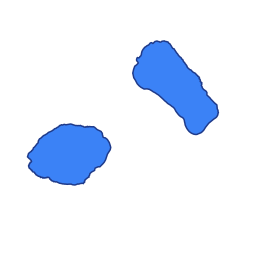 the district of Paama, Malampa, Vanuatu, rotated 127°
{"feature_id": "77236927B20475273490027", "entity_name": "Paama", "entity_type": "district", "adm_level": 2, "iso_a3": "VUT", "parent_name": "Vanuatu", "parent_adm1": "Malampa", "projection": "mercator", "projection_center": [168.29, -16.483], "detail": "fine", "context": "isolated", "style": "filled", "palette": "blue", "viewbox_px": 256, "rotation_deg": 127, "n_neighbors": 0, "source": "geoboundaries", "source_scale": "gbopen_adm2", "svg_char_len": 5816}
<svg xmlns="http://www.w3.org/2000/svg" viewBox="0 0 256 256"><g transform="rotate(127 128 128)"><path d="M38.3,135.8L37.7,137.1L37.5,138.0L37.1,138.5L37.1,139.0L37.4,139.7L37.4,140.4L37.1,141.4L36.4,142.9L36.2,143.6L35.6,145.0L35.7,146.7L35.5,147.2L35.3,147.5L35.3,148.0L35.5,148.4L35.7,148.7L36.0,149.7L36.6,150.7L36.6,151.4L38.2,153.0L38.5,153.2L39.4,153.4L40.2,154.1L40.3,155.2L40.9,156.2L41.0,157.0L41.2,157.3L42.7,158.5L45.3,158.9L45.6,159.2L45.6,160.3L45.8,160.7L46.3,161.1L47.0,161.4L48.8,161.4L49.5,161.6L50.7,162.3L52.6,162.8L53.1,163.1L54.3,163.3L55.1,163.1L55.5,163.3L56.0,163.3L58.3,163.0L60.0,162.3L60.9,161.8L61.3,161.5L62.1,161.4L62.6,161.2L62.9,161.2L63.8,161.5L64.5,161.3L65.1,161.4L65.6,161.7L66.0,162.8L66.3,162.9L66.7,162.9L67.7,162.6L68.4,162.2L69.0,161.6L69.5,159.6L69.8,159.2L70.2,158.9L72.2,159.1L74.6,159.8L77.8,158.8L81.3,157.2L84.4,153.6L85.3,151.1L87.1,147.3L87.6,144.7L87.7,142.2L87.2,138.6L85.3,136.4L84.2,134.0L84.2,133.2L84.0,131.9L83.9,129.6L83.5,127.3L83.5,125.6L83.3,124.0L83.3,123.3L83.8,117.8L84.2,115.1L84.2,113.5L84.5,111.1L84.4,109.7L84.2,107.8L84.3,106.4L84.3,105.4L84.2,104.6L84.3,103.5L84.7,102.1L85.8,99.9L86.1,98.9L86.9,96.0L87.2,94.3L87.2,92.5L86.9,91.2L86.9,90.0L87.4,88.5L87.8,87.9L89.3,86.3L89.9,85.4L90.3,85.1L91.2,84.1L91.7,83.2L92.7,81.3L93.4,79.5L94.0,77.0L94.0,74.7L93.8,73.5L93.3,71.6L92.3,69.8L91.5,69.0L90.2,68.3L89.3,67.7L87.7,66.8L86.0,66.4L84.1,66.2L80.7,66.5L75.6,66.4L69.4,64.9L67.1,64.1L66.1,63.9L65.3,63.9L63.8,64.1L63.2,64.3L62.3,64.9L61.5,65.0L61.1,65.3L60.9,65.8L59.8,66.7L59.5,67.2L59.0,68.3L58.6,68.6L56.2,70.8L56.0,71.2L56.0,73.1L55.9,73.4L56.0,73.5L55.3,77.7L55.1,79.1L54.6,80.7L54.2,84.7L53.9,85.0L53.6,85.3L52.2,86.3L51.7,87.5L51.6,88.2L51.7,89.9L51.7,91.0L51.2,92.8L51.0,93.1L50.4,93.8L50.0,94.9L49.6,95.2L48.8,95.3L48.3,95.7L48.3,96.1L48.2,96.2L48.0,96.3L47.8,96.1L47.5,96.2L47.4,96.4L47.5,97.0L47.3,97.4L47.4,98.1L47.3,98.4L47.1,98.5L46.6,98.7L46.3,99.0L45.9,99.7L45.9,100.5L45.8,100.8L45.7,100.9L45.3,100.8L45.1,100.9L44.4,102.4L44.4,102.8L44.6,103.0L44.7,103.3L44.2,104.3L44.3,104.8L44.3,105.4L44.2,105.8L43.8,106.8L43.9,107.8L44.2,109.2L44.2,110.6L43.8,112.3L43.8,112.8L44.2,113.9L44.2,114.3L44.0,115.1L44.0,116.4L43.7,117.5L43.2,117.9L43.1,118.0L43.1,118.6L42.7,119.0L42.6,119.5L42.5,120.1L42.3,120.5L42.3,121.0L41.8,121.9L41.7,122.9L41.5,123.4L41.4,124.0L41.2,124.4L40.8,124.7L40.6,125.3L40.4,125.6L40.4,125.8L40.6,126.3L40.5,126.9L40.0,127.6L39.9,128.2L39.9,128.8L40.0,129.5L39.7,130.8L39.7,131.4L39.4,131.9L38.9,133.3L38.8,134.3L38.4,135.1L38.3,135.8ZM181.3,129.6L179.8,130.1L176.9,128.5L175.9,127.1L171.6,126.5L169.5,126.4L166.8,126.8L161.2,128.7L156.1,129.1L153.9,130.1L152.8,131.5L150.9,134.2L149.6,137.6L149.5,140.1L150.2,141.5L150.2,142.7L149.4,143.4L148.9,144.3L148.6,144.6L148.3,144.7L148.0,145.0L147.5,145.8L147.3,146.8L147.0,147.2L147.0,147.6L147.3,149.3L147.5,150.0L147.8,151.6L147.8,152.5L147.6,153.7L147.6,154.7L147.5,155.0L147.6,155.6L147.7,156.3L148.2,156.7L148.5,157.3L149.2,158.2L149.5,158.6L149.8,159.4L150.2,159.6L150.4,160.0L150.7,160.1L151.0,160.4L151.0,161.0L151.4,161.0L151.5,161.6L151.9,161.7L152.3,161.9L152.4,162.4L153.0,162.5L153.4,163.3L153.6,163.5L153.7,164.2L153.8,164.4L153.7,164.9L154.1,165.5L154.4,166.4L154.5,167.3L154.6,167.6L155.3,168.1L155.9,169.1L156.5,169.7L156.9,170.5L157.5,171.2L158.4,173.6L158.7,174.7L159.0,175.4L159.2,176.0L159.7,176.6L160.9,177.7L161.5,178.3L162.8,179.5L163.0,179.9L163.2,180.6L163.5,181.1L164.0,181.5L164.6,181.8L165.1,182.2L165.5,183.1L165.8,183.3L166.5,183.4L167.3,184.2L168.3,184.1L168.8,184.2L170.4,185.0L171.5,185.2L172.5,186.0L173.3,186.3L174.2,186.3L175.2,186.8L176.1,187.0L178.5,188.3L179.4,188.9L181.3,189.2L182.4,189.7L183.3,190.0L184.7,190.8L185.8,191.1L188.1,191.4L188.6,191.6L189.3,191.8L189.8,192.1L190.4,192.1L191.0,192.0L192.0,191.9L192.6,191.7L193.4,191.1L193.8,191.0L194.7,190.9L195.4,191.1L195.8,191.2L197.0,191.1L199.6,191.2L200.0,191.3L200.4,191.5L201.1,191.5L201.9,191.1L202.8,191.0L203.5,191.1L203.8,191.3L204.5,191.3L204.8,191.1L205.9,191.6L208.2,192.1L211.5,190.9L211.9,188.4L211.8,187.4L212.1,186.7L212.1,185.8L212.3,185.6L212.5,185.4L212.8,184.9L213.3,184.8L213.9,185.1L214.2,185.4L214.5,185.4L214.7,185.1L215.7,185.0L215.8,185.2L216.0,185.2L216.5,185.1L217.0,184.7L217.3,184.7L217.5,184.8L217.8,184.5L218.1,184.6L218.3,184.4L219.0,183.5L219.2,182.9L219.5,182.7L219.5,182.4L219.3,182.3L219.3,182.1L219.5,181.7L219.5,180.9L219.8,180.2L219.6,179.7L219.8,179.6L219.9,179.3L219.8,178.8L220.2,178.3L220.3,177.7L219.8,176.5L219.8,175.8L219.9,175.5L220.2,175.3L220.2,174.6L220.3,174.2L220.5,174.0L220.5,173.5L220.7,173.3L220.7,173.0L220.5,172.6L220.6,171.8L220.4,171.5L220.5,170.6L219.7,169.1L219.7,168.8L220.0,168.6L220.0,167.9L219.6,167.9L219.2,167.1L219.1,166.5L219.0,166.3L219.1,166.0L218.8,166.0L218.9,165.6L218.5,165.4L218.4,164.9L218.0,164.7L217.9,164.2L217.5,164.1L217.4,163.9L216.8,163.5L216.6,162.9L216.1,163.0L216.0,162.9L215.7,162.6L215.2,161.6L215.1,161.3L215.2,160.6L215.4,160.2L215.7,160.1L215.8,159.9L215.7,159.0L215.8,158.8L215.7,158.4L215.8,158.0L216.0,157.9L215.9,157.2L216.0,156.9L215.8,156.5L215.5,155.5L215.6,155.1L215.2,154.9L215.1,154.4L214.9,154.1L214.8,153.6L214.6,153.3L214.1,152.9L214.0,152.6L213.3,149.5L212.5,147.9L211.9,146.4L211.4,145.8L210.9,144.8L210.3,144.0L209.5,142.6L208.2,141.2L207.7,140.4L207.1,139.8L207.0,139.6L206.8,138.4L205.8,136.6L205.1,135.8L202.9,134.4L202.4,133.5L201.2,132.8L200.5,132.0L199.8,131.5L199.2,130.2L198.8,130.3L198.6,130.4L198.3,130.4L198.1,130.3L197.8,130.3L197.5,130.1L197.2,130.1L197.1,130.3L197.0,130.6L196.8,130.8L196.0,130.7L195.3,131.1L192.9,130.5L192.2,130.4L191.6,130.1L191.0,130.1L190.7,129.7L190.0,130.2L188.8,130.3L188.6,130.4L187.6,130.9L187.0,130.9L186.0,130.8L184.9,130.5L182.1,129.2L181.8,129.2L181.3,129.6Z" fill="#3b82f6" stroke="#1e3a8a" stroke-width="1.5"/></g></svg>